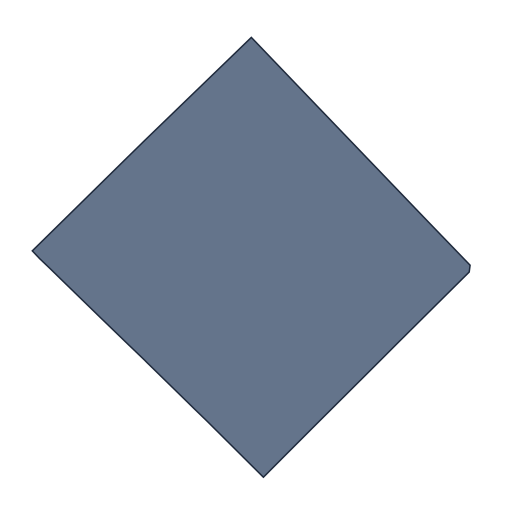 the district of Denton, Texas, United States of America, rotated 44°
{"feature_id": "52423323B29429067330401", "entity_name": "Denton", "entity_type": "district", "adm_level": 2, "iso_a3": "USA", "parent_name": "United States of America", "parent_adm1": "Texas", "projection": "robinson", "projection_center": [-97.097, 33.209], "detail": "fine", "context": "isolated", "style": "filled", "palette": "slate", "viewbox_px": 512, "rotation_deg": 44, "n_neighbors": 0, "source": "geoboundaries", "source_scale": "gbopen_adm2", "svg_char_len": 502}
<svg xmlns="http://www.w3.org/2000/svg" viewBox="0 0 512 512"><g transform="rotate(44 256 256)"><path d="M91.5,407.7L102.3,408.2L116.3,408.1L132.1,408.2L187.0,408.4L218.4,408.4L226.4,408.4L248.4,408.3L251.5,408.4L305.1,408.7L317.7,408.8L329.7,408.8L335.6,408.8L348.1,409.0L415.0,410.0L415.4,383.3L416.1,341.8L416.1,341.2L417.9,248.8L418.4,218.6L420.5,119.4L416.4,113.9L356.6,111.8L195.7,105.7L100.8,102.0L95.7,249.1L95.0,273.7L91.5,407.7Z" fill="#64748b" stroke="#1e293b" stroke-width="1.5"/></g></svg>